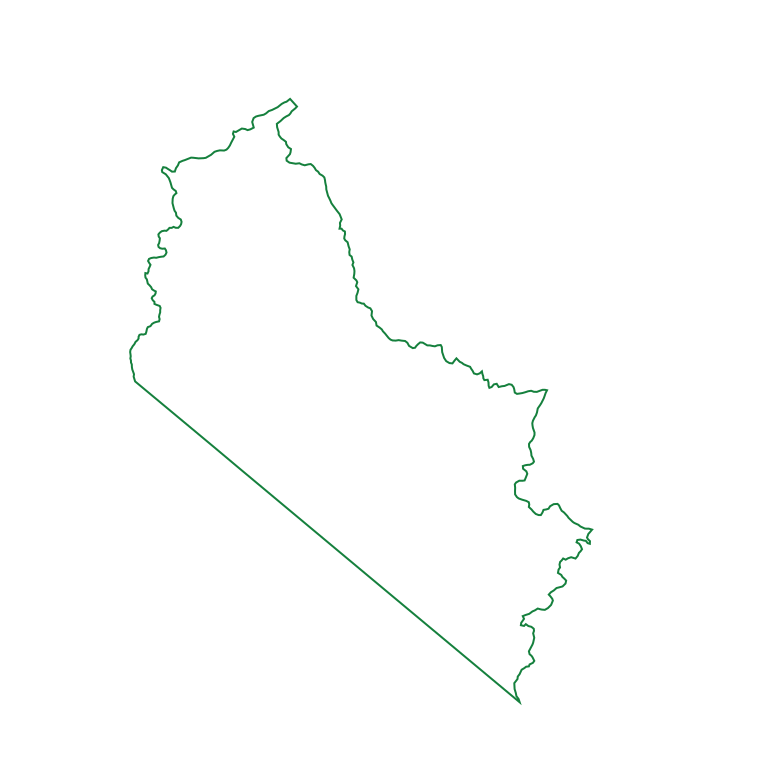 Canaã dos Carajás, Pará, Brazil (Albers equal-area conic projection), rotated 220°
{"feature_id": "56859067B37247033105126", "entity_name": "Canaã dos Carajás", "entity_type": "district", "adm_level": 2, "iso_a3": "BRA", "parent_name": "Brazil", "parent_adm1": "Pará", "projection": "albers", "projection_center": [-50.061, -6.482], "detail": "fine", "context": "isolated", "style": "outline", "palette": "green", "viewbox_px": 768, "rotation_deg": 220, "n_neighbors": 0, "source": "geoboundaries", "source_scale": "gbopen_adm2", "svg_char_len": 6147}
<svg xmlns="http://www.w3.org/2000/svg" viewBox="0 0 768 768"><g transform="rotate(220 384 384)"><path d="M639.2,542.0L640.1,537.6L641.3,535.7L642.4,532.8L643.4,527.7L645.9,522.0L647.7,519.0L648.3,515.5L649.2,513.0L652.6,508.7L654.0,506.6L654.8,503.9L653.4,500.0L648.6,496.7L650.1,493.1L651.7,490.8L654.2,490.1L657.1,488.3L659.4,481.9L661.5,480.8L660.5,478.5L657.6,477.2L657.1,474.9L656.2,470.7L655.4,467.7L655.1,464.7L655.3,462.3L656.5,460.1L659.9,457.5L661.7,455.2L663.1,452.9L663.8,448.4L665.9,442.7L667.5,440.9L671.0,437.7L675.7,434.6L677.3,433.4L680.6,427.3L681.7,425.6L683.4,422.1L682.4,419.0L682.1,415.6L680.8,412.3L682.9,410.4L685.3,410.2L688.0,409.8L690.0,409.6L692.5,408.2L691.6,405.0L690.1,403.8L685.9,404.4L681.1,403.4L677.2,401.2L672.5,398.0L670.3,397.8L667.6,398.0L665.7,396.8L666.1,394.6L666.1,392.5L664.9,390.0L662.3,386.6L658.0,383.5L655.8,382.1L653.5,381.5L651.3,379.5L648.4,379.0L645.4,379.4L643.3,378.1L642.2,376.1L641.8,374.1L642.0,371.4L643.9,369.8L646.2,369.1L647.0,367.1L648.7,365.7L648.7,363.8L649.1,361.5L650.8,360.3L652.5,358.1L653.0,355.9L653.0,353.6L651.3,352.1L649.4,351.6L648.1,349.7L646.8,347.3L646.4,345.3L644.8,344.1L642.8,344.1L640.8,345.1L639.0,346.9L637.0,346.3L635.1,344.9L634.5,342.6L634.8,340.0L636.2,338.6L638.0,336.5L639.6,334.3L641.5,333.0L643.3,330.9L644.4,328.8L643.8,326.6L641.6,325.8L639.5,325.2L638.8,323.0L638.2,320.7L636.8,318.9L636.2,316.6L638.1,315.6L636.8,313.8L635.1,312.2L632.9,311.7L629.5,309.1L627.0,308.9L624.6,308.5L622.6,307.5L620.5,307.7L618.3,308.2L617.2,306.5L616.8,304.4L617.5,302.3L617.1,300.4L614.9,299.5L612.7,299.4L611.3,297.8L609.2,298.4L606.0,299.6L604.1,298.7L603.0,296.8L601.5,295.0L600.6,292.8L599.5,290.8L597.6,289.5L596.6,287.4L598.4,285.1L599.5,283.3L600.3,281.0L600.1,278.2L601.5,275.7L601.0,273.8L599.6,271.2L598.8,269.2L600.1,267.2L601.8,266.1L602.9,264.5L602.4,262.5L601.2,261.0L601.0,259.0L601.4,256.6L600.8,253.9L600.8,251.3L600.4,249.4L600.2,247.3L599.0,245.3L597.4,243.9L595.9,242.5L594.7,240.5L593.0,239.4L591.6,237.8L589.8,236.9L588.0,234.9L586.1,233.3L584.0,232.1L581.8,230.8L580.5,228.7L576.3,226.0L528.2,226.2L474.3,226.4L438.7,226.4L239.4,226.9L75.5,227.4L78.4,229.2L81.9,230.0L84.4,232.0L87.9,234.3L91.9,238.6L92.1,243.8L93.5,245.9L93.6,248.8L94.9,253.6L93.9,256.5L93.4,258.8L91.5,260.8L92.2,262.8L90.7,266.1L90.9,268.5L94.5,270.1L96.4,270.6L98.8,270.6L101.2,272.4L102.8,279.9L103.5,281.8L105.8,286.2L109.5,288.9L110.4,291.3L112.0,292.8L115.1,292.7L117.8,291.4L121.0,291.2L121.2,288.7L124.1,287.2L125.4,289.3L125.6,292.2L125.8,294.1L128.5,295.4L127.1,298.0L125.0,301.3L124.1,305.2L122.9,307.6L121.9,310.8L119.7,311.8L118.0,312.7L115.6,314.4L114.4,317.7L114.0,322.2L115.4,326.6L117.0,327.6L120.0,328.3L122.4,328.6L122.3,331.7L121.2,335.1L120.7,338.6L118.9,341.1L117.1,343.7L116.7,347.8L118.1,350.5L120.8,350.8L123.4,350.9L125.5,351.7L129.3,351.1L131.0,354.1L131.2,356.6L133.5,358.5L134.7,360.9L134.5,363.1L134.6,365.5L131.9,366.2L131.0,368.8L129.3,371.6L125.1,373.4L125.1,376.8L126.1,379.9L125.9,382.2L126.1,384.7L128.9,386.2L131.9,387.1L134.7,386.5L135.6,388.8L133.5,391.1L130.3,392.5L128.6,393.6L125.7,393.0L123.6,393.9L125.2,396.0L128.0,396.2L129.8,396.9L131.1,400.6L131.0,402.7L131.0,406.2L134.0,404.9L137.1,402.4L142.0,401.1L144.6,401.1L148.8,399.9L150.8,399.7L156.6,400.1L158.7,400.7L163.6,401.3L166.4,401.1L169.2,402.2L171.9,403.5L174.0,403.7L176.8,401.0L178.2,397.1L177.8,394.2L179.1,392.2L180.9,390.1L180.0,387.4L179.6,384.4L181.3,383.0L184.2,382.0L187.7,382.2L190.3,382.7L194.0,382.9L195.3,385.1L197.1,386.5L199.9,385.9L204.0,384.1L207.3,382.9L209.5,382.8L212.6,383.7L214.8,386.2L216.8,388.8L219.3,391.2L219.5,393.4L218.2,396.9L215.7,398.9L214.3,400.5L215.2,403.4L216.5,407.3L218.8,408.6L223.0,408.5L224.9,410.4L223.6,412.5L222.0,414.4L220.4,415.8L219.1,418.9L219.2,420.9L221.6,422.5L225.0,423.9L226.9,425.8L229.2,427.6L232.4,429.1L234.4,431.3L234.7,433.6L234.4,435.5L234.8,438.3L235.9,441.6L237.5,443.6L241.7,446.1L243.7,447.8L245.2,449.3L246.3,451.6L247.2,455.4L247.4,457.5L248.5,460.5L250.5,464.1L250.9,468.5L251.2,470.6L252.4,475.7L253.2,477.9L254.4,481.0L255.1,484.0L257.0,483.0L258.8,481.5L260.2,479.1L261.8,476.3L264.1,474.4L266.9,473.4L268.9,471.1L270.5,468.5L272.2,466.0L273.9,464.0L275.8,461.9L278.3,461.5L280.9,463.7L282.8,464.9L285.7,465.5L288.2,464.2L290.4,460.0L292.3,458.0L294.2,455.4L297.8,456.6L299.6,454.3L299.6,450.9L300.8,448.8L302.7,449.9L305.0,452.4L307.3,453.9L309.6,451.5L311.5,452.2L313.1,453.8L315.0,454.9L317.1,456.6L317.5,453.7L318.9,451.2L321.9,449.9L324.7,451.1L327.0,451.7L329.1,452.5L332.7,451.2L335.8,450.3L337.8,450.3L340.3,449.7L345.0,450.2L345.0,447.2L344.8,443.8L347.3,442.1L351.0,441.5L354.7,442.6L359.9,445.8L363.5,449.5L365.6,450.3L367.9,448.0L369.2,445.6L371.3,444.3L373.6,443.1L375.7,441.4L380.9,440.6L383.0,439.1L383.5,436.4L383.7,433.8L383.5,431.8L385.0,430.0L389.3,429.3L392.6,430.6L395.5,430.5L398.3,428.6L401.0,427.0L402.9,424.8L405.4,422.9L407.5,422.2L409.9,422.2L413.5,422.9L415.4,423.3L418.8,423.7L420.7,424.4L423.6,424.4L427.3,424.0L430.0,426.3L434.1,426.8L437.6,428.4L440.0,432.1L443.1,433.2L445.3,432.4L448.5,432.0L451.1,432.6L452.7,431.4L454.8,430.8L456.8,429.7L459.2,430.6L461.8,433.7L462.9,436.9L464.5,440.1L468.4,441.0L469.9,444.8L471.7,445.6L475.6,445.9L477.5,449.2L479.2,451.5L481.3,453.4L484.7,454.9L485.6,457.5L488.2,458.9L490.7,460.8L493.3,460.7L495.4,462.7L496.8,465.1L499.6,466.7L503.0,469.2L506.1,469.2L508.0,469.9L509.2,471.7L510.2,473.8L512.0,475.7L514.2,475.2L516.4,475.7L517.9,474.4L519.3,477.1L521.3,479.1L522.2,482.9L527.2,485.6L531.6,486.5L538.6,488.2L540.5,488.7L542.7,489.9L545.3,491.1L547.9,492.2L553.3,496.0L555.2,498.1L557.1,499.5L558.6,500.7L560.3,502.3L562.5,503.9L565.0,504.1L568.3,503.5L570.9,504.3L573.6,504.1L576.1,505.0L578.6,505.5L581.5,505.4L583.1,503.7L585.3,500.6L588.2,499.3L590.7,498.7L593.2,496.0L598.7,492.8L602.1,492.5L604.0,494.3L603.8,499.6L604.6,501.5L606.3,504.2L609.5,503.8L613.0,504.9L614.8,506.5L617.7,506.4L620.4,506.1L622.9,506.6L625.0,507.3L626.7,509.3L630.9,512.0L633.3,514.4L632.3,518.9L631.8,523.2L630.9,526.1L629.7,528.9L629.6,531.0L630.0,533.5L629.1,538.3L629.0,540.6L639.2,542.0Z" fill="none" stroke="#15803d" stroke-width="2"/></g></svg>